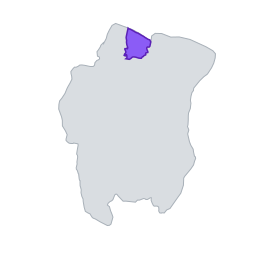 Suriname, with Coronie highlighted, rotated 12°
{"feature_id": "SUR-71", "entity_name": "Coronie", "entity_type": "District", "adm_level": 1, "iso_a3": "SUR", "parent_name": "Suriname", "parent_adm1": "", "projection": "equal_earth", "projection_center": [-56.304, 5.634], "detail": "fine", "context": "in_parent", "style": "filled", "palette": "violet", "viewbox_px": 256, "rotation_deg": 12, "n_neighbors": 0, "source": "natural_earth", "source_scale": "10m", "svg_char_len": 3519}
<svg xmlns="http://www.w3.org/2000/svg" viewBox="0 0 256 256"><g transform="rotate(12 128 128)"><path d="M194.5,58.7L191.5,62.1L188.3,66.9L184.0,75.3L184.2,77.9L183.2,80.0L183.0,83.8L183.3,88.0L184.4,90.7L184.9,96.0L184.1,100.7L184.4,103.4L185.3,107.8L186.0,112.4L185.9,114.3L187.0,115.8L187.9,117.3L187.6,121.4L191.0,128.7L193.1,131.9L196.1,135.1L197.2,138.1L198.9,141.8L199.9,142.2L200.5,143.7L200.0,146.6L199.8,150.5L197.9,155.1L193.5,163.5L192.9,165.4L194.1,172.4L193.5,178.1L193.2,180.8L191.0,185.8L185.8,198.0L182.9,200.1L181.1,203.6L179.9,203.7L178.6,204.0L178.2,204.4L176.6,204.4L175.3,202.8L175.1,201.0L174.4,198.9L172.8,198.3L169.8,199.0L168.9,198.5L167.1,196.2L165.6,193.8L165.3,191.4L164.3,191.6L162.0,193.8L160.4,194.2L159.2,193.7L157.8,193.8L154.3,196.1L152.2,196.6L150.7,199.0L141.0,200.0L138.4,200.6L132.6,196.6L131.1,195.3L130.3,195.1L129.7,195.3L129.0,196.2L128.1,201.3L127.2,202.6L125.7,203.7L124.2,205.7L123.9,207.7L126.2,208.8L128.1,212.5L130.2,215.6L131.8,218.3L131.6,221.3L131.3,225.6L130.1,227.0L128.1,227.7L120.7,225.7L115.0,223.8L112.6,223.4L111.6,222.9L110.1,221.4L108.7,219.9L106.4,219.4L103.6,218.4L101.6,214.6L99.5,209.3L98.8,206.8L97.1,204.5L95.5,201.1L95.1,198.2L93.8,195.5L93.2,194.6L92.3,190.9L92.1,189.5L91.6,189.3L90.9,188.1L89.6,184.2L89.3,183.2L88.8,182.9L87.3,180.1L86.1,179.1L85.6,177.7L85.7,173.8L85.1,171.9L84.9,168.3L84.8,166.8L84.2,165.2L83.2,164.2L83.0,161.5L82.8,155.1L82.3,153.9L77.9,154.0L77.5,154.6L75.6,155.0L73.5,155.1L71.6,154.2L70.0,153.1L69.7,151.7L69.9,147.2L67.4,143.8L63.4,139.6L62.2,134.2L60.7,130.9L56.3,123.9L55.5,119.1L55.5,115.7L57.1,112.6L59.2,107.2L60.1,102.2L60.8,99.6L61.9,96.3L63.0,91.9L62.2,89.2L60.9,86.5L60.4,84.6L61.7,81.7L63.0,79.6L64.5,79.4L66.3,78.1L67.8,76.4L70.0,75.9L72.8,75.7L78.4,75.7L81.3,75.0L82.2,73.6L82.1,70.9L83.5,68.4L85.0,67.4L85.7,66.6L85.7,65.7L85.3,64.8L84.7,64.3L83.2,64.1L81.8,59.8L82.7,58.0L84.0,54.6L84.3,52.6L86.2,49.6L86.6,50.5L88.1,45.0L88.3,40.6L89.4,36.1L91.1,30.9L94.2,28.3L112.2,30.9L120.4,33.4L130.9,37.8L132.4,42.4L132.5,37.8L132.0,33.1L134.9,29.8L141.3,28.6L150.9,30.2L159.1,28.3L170.3,28.5L187.3,32.3L195.0,34.8L198.1,37.2L198.7,41.4L198.4,46.7L197.2,51.8L194.5,58.7Z" fill="#d9dde1" stroke="#a8b0b8" stroke-width="1"/><path d="M107.3,30.3L107.6,30.5L108.3,30.8L110.0,31.0L113.9,32.2L116.1,33.0L118.0,33.1L119.6,33.7L120.8,34.1L121.9,34.5L124.3,35.2L125.8,35.9L126.7,36.2L127.4,36.4L128.8,37.0L131.1,37.3L131.7,38.3L132.2,38.7L132.4,39.3L132.4,43.5L131.9,44.4L131.3,44.6L130.4,44.7L130.1,44.8L129.9,45.0L129.8,45.3L129.7,45.6L129.7,45.9L129.8,46.3L129.9,46.6L130.2,47.2L131.1,48.6L131.3,48.7L131.5,49.1L131.7,50.0L130.3,50.6L129.8,51.0L129.8,51.3L129.8,51.5L130.1,52.3L130.1,52.8L129.9,53.0L129.5,53.2L128.6,53.9L128.4,54.2L128.1,54.9L127.9,55.1L127.3,55.3L126.6,57.0L126.3,57.1L124.1,57.4L120.6,57.1L118.6,57.3L117.8,57.6L117.3,58.0L116.7,58.9L115.9,59.8L115.5,60.2L114.9,60.6L111.5,60.7L111.9,60.2L112.2,59.9L112.3,59.5L112.3,59.1L112.1,58.6L111.9,57.8L111.7,57.3L111.4,56.8L111.2,56.6L110.8,56.8L110.7,57.1L110.6,57.8L110.5,58.0L110.3,58.1L109.9,58.0L109.4,57.8L109.1,57.7L109.2,57.2L109.3,56.9L109.3,56.3L109.5,56.0L109.7,55.8L109.9,55.5L110.0,55.0L110.1,54.3L110.0,53.9L109.8,53.5L108.6,51.8L108.5,51.4L108.5,51.1L109.0,51.1L109.4,50.8L109.6,50.6L109.8,50.4L110.0,50.3L110.7,50.7L110.8,50.7L111.0,50.5L111.0,49.9L111.0,49.4L110.9,49.1L109.6,46.9L108.7,44.5L108.6,44.0L108.5,42.9L108.4,42.5L108.0,41.6L107.4,40.0L107.3,38.8L107.3,30.8L107.3,30.3Z" fill="#8b5cf6" stroke="#5b21b6" stroke-width="1.5"/></g></svg>